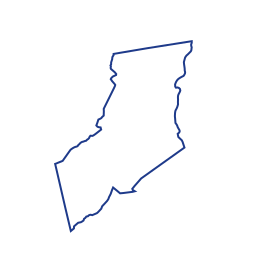 São João dos Patos, Maranhão, Brazil (Mercator projection), rotated 248°
{"feature_id": "56859067B96040325149331", "entity_name": "São João dos Patos", "entity_type": "district", "adm_level": 2, "iso_a3": "BRA", "parent_name": "Brazil", "parent_adm1": "Maranhão", "projection": "mercator", "projection_center": [-43.625, -6.566], "detail": "fine", "context": "isolated", "style": "outline", "palette": "blue", "viewbox_px": 256, "rotation_deg": 248, "n_neighbors": 0, "source": "geoboundaries", "source_scale": "gbopen_adm2", "svg_char_len": 2091}
<svg xmlns="http://www.w3.org/2000/svg" viewBox="0 0 256 256"><g transform="rotate(248 128 128)"><path d="M202.1,142.4L200.8,141.8L199.9,140.4L198.9,139.7L197.7,139.1L195.2,137.0L193.2,136.1L192.6,135.2L191.5,135.2L190.2,134.4L189.2,134.3L187.6,135.1L184.7,136.6L182.5,137.3L181.6,136.8L181.4,133.3L180.9,132.0L180.4,131.0L179.7,130.3L178.6,130.6L177.5,130.8L173.7,132.1L172.7,132.3L171.7,131.5L170.3,130.0L165.3,124.4L154.9,112.7L152.4,111.8L148.6,110.1L147.9,108.2L147.2,107.0L147.0,105.8L146.9,103.7L145.5,102.5L144.4,101.6L143.1,100.4L142.2,99.6L140.6,100.2L139.7,101.2L138.8,102.8L136.6,102.5L134.6,95.5L134.1,93.3L134.0,92.2L134.4,91.3L134.9,90.3L134.3,89.2L133.3,88.2L132.7,87.0L132.5,85.7L131.9,84.5L132.1,82.8L132.1,81.6L132.3,80.2L132.2,79.2L131.9,78.1L131.2,76.7L130.8,75.5L130.1,74.5L130.0,73.4L130.2,72.3L130.2,70.8L130.0,69.3L129.7,67.9L129.4,66.7L128.6,65.4L127.2,63.2L122.0,55.1L122.0,47.0L116.8,46.2L77.6,40.0L53.9,36.4L55.1,40.2L57.0,41.1L58.2,44.5L58.8,46.3L58.3,49.0L58.5,50.5L58.9,52.1L60.3,53.3L60.6,54.7L61.5,56.2L61.2,57.8L61.7,58.9L61.7,60.5L61.2,61.4L60.6,62.2L60.7,67.3L61.1,68.5L63.2,73.0L65.1,74.7L66.3,77.3L68.2,81.3L69.5,83.2L71.0,84.5L73.3,87.2L76.6,90.1L78.4,91.9L73.8,94.4L70.4,96.2L69.5,99.2L67.1,108.3L66.8,110.6L68.0,109.7L68.8,109.2L70.0,109.2L71.8,112.4L76.3,121.3L88.7,173.0L94.5,173.4L96.4,173.3L99.9,171.7L100.9,171.3L104.0,171.9L104.6,173.7L105.3,174.5L106.5,174.9L108.0,174.7L110.1,174.4L112.0,174.5L113.3,174.3L114.9,173.9L119.0,175.2L121.4,175.9L124.2,177.2L125.9,178.2L126.6,178.8L127.8,180.3L129.1,181.6L131.1,183.2L133.3,184.0L135.5,185.0L137.5,185.7L138.4,186.1L139.6,186.8L140.5,187.7L142.2,189.7L143.1,190.5L144.7,190.8L145.9,190.3L147.0,189.2L147.4,187.6L148.7,187.3L150.8,188.0L152.6,189.7L153.8,191.3L154.6,193.0L155.0,194.7L155.3,196.7L155.5,199.0L156.2,200.1L157.3,201.3L158.4,201.9L159.9,202.1L162.2,202.9L166.2,203.9L168.2,204.5L172.0,207.4L173.3,209.4L173.8,210.9L175.5,214.9L176.3,215.8L179.0,217.3L180.5,217.4L181.9,217.9L183.1,219.0L184.6,219.6L194.7,176.0L202.1,142.4Z" fill="none" stroke="#1e3a8a" stroke-width="2"/></g></svg>